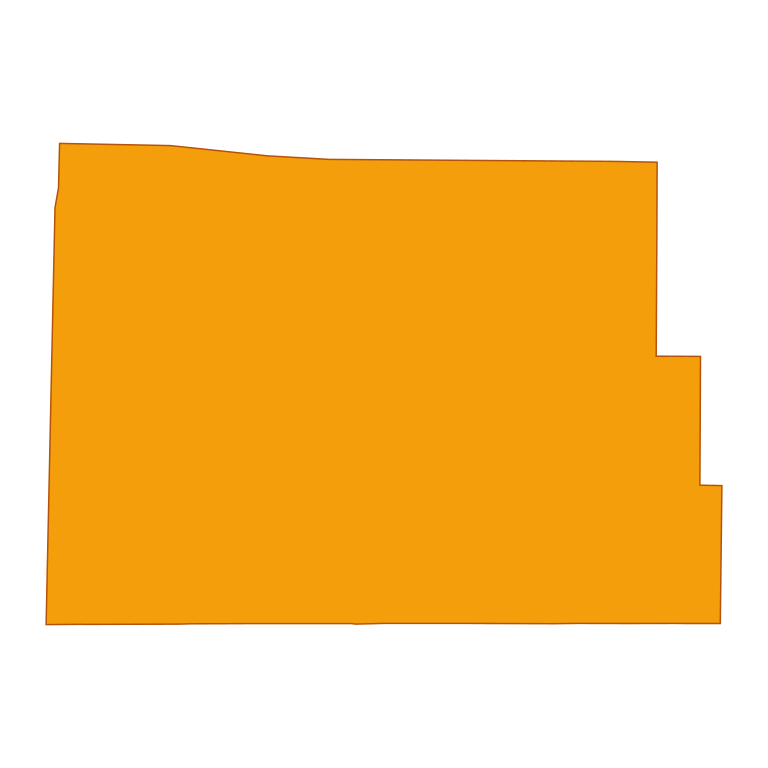 Ripley, Missouri, United States of America (Robinson projection)
{"feature_id": "52423323B14772926115181", "entity_name": "Ripley", "entity_type": "district", "adm_level": 2, "iso_a3": "USA", "parent_name": "United States of America", "parent_adm1": "Missouri", "projection": "robinson", "projection_center": [-90.827, 36.661], "detail": "fine", "context": "isolated", "style": "filled", "palette": "amber", "viewbox_px": 768, "rotation_deg": 0, "n_neighbors": 0, "source": "geoboundaries", "source_scale": "gbopen_adm2", "svg_char_len": 593}
<svg xmlns="http://www.w3.org/2000/svg" viewBox="0 0 768 768"><path d="M59.6,143.4L58.5,187.9L55.0,207.7L46.1,624.6L83.1,624.3L83.6,624.4L179.1,624.1L190.6,623.8L224.1,623.7L246.3,623.6L249.3,623.6L349.1,623.6L351.9,623.6L352.3,623.7L355.7,624.1L384.3,623.4L465.2,623.4L467.6,623.4L488.2,623.5L554.9,623.7L577.2,623.4L625.9,623.5L631.7,623.5L675.7,623.4L684.5,623.5L698.1,623.5L709.1,623.5L720.3,623.5L721.9,485.6L699.9,485.2L700.5,356.4L656.2,356.2L656.9,227.9L657.1,162.2L614.1,161.4L329.0,159.4L266.6,155.8L170.4,145.6L59.6,143.4Z" fill="#f59e0b" stroke="#b45309" stroke-width="1.5"/></svg>